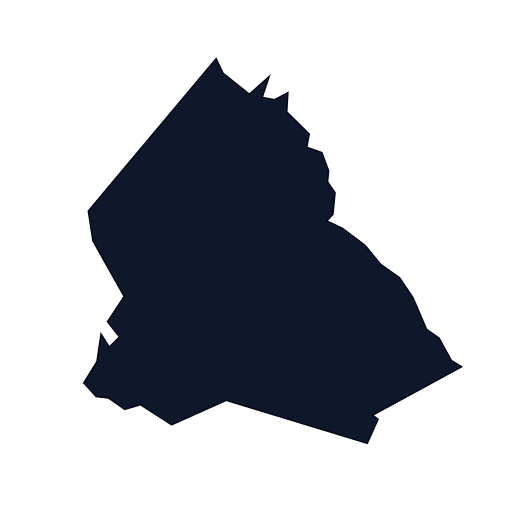 the district of Greene, Georgia, United States of America, rotated 172°
{"feature_id": "52423323B20574885687600", "entity_name": "Greene", "entity_type": "district", "adm_level": 2, "iso_a3": "USA", "parent_name": "United States of America", "parent_adm1": "Georgia", "projection": "robinson", "projection_center": [-83.176, 33.558], "detail": "fine", "context": "isolated", "style": "filled", "palette": "ink", "viewbox_px": 512, "rotation_deg": 172, "n_neighbors": 0, "source": "geoboundaries", "source_scale": "gbopen_adm2", "svg_char_len": 704}
<svg xmlns="http://www.w3.org/2000/svg" viewBox="0 0 512 512"><g transform="rotate(172 256 256)"><path d="M407.4,122.4L391.1,124.8L363.1,100.6L305.6,117.2L171.9,55.0L157.8,77.4L162.7,82.1L67.8,117.7L77.1,125.4L86.1,149.1L97.3,159.6L106.3,192.8L116.8,214.4L133.8,230.5L146.6,251.5L166.7,271.5L181.1,280.9L174.1,286.4L168.9,307.6L174.8,319.5L172.2,330.1L176.4,349.2L190.6,356.6L186.3,369.4L205.5,394.4L201.7,413.3L215.9,408.2L227.8,412.2L218.0,431.9L240.1,417.2L263.2,441.6L268.0,457.0L393.3,344.2L415.8,323.8L415.4,293.6L392.2,234.3L412.2,211.6L402.5,194.9L414.0,186.3L420.3,200.3L428.2,173.6L444.2,154.3L433.8,139.0L421.8,135.9L407.4,122.4Z" fill="#0f172a" stroke="#020617" stroke-width="1.5"/></g></svg>